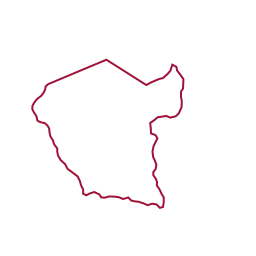 Poloni, São Paulo, Brazil (Mercator projection), rotated 142°
{"feature_id": "56859067B23679759476015", "entity_name": "Poloni", "entity_type": "district", "adm_level": 2, "iso_a3": "BRA", "parent_name": "Brazil", "parent_adm1": "São Paulo", "projection": "mercator", "projection_center": [-49.819, -20.742], "detail": "fine", "context": "isolated", "style": "outline", "palette": "rose", "viewbox_px": 256, "rotation_deg": 142, "n_neighbors": 0, "source": "geoboundaries", "source_scale": "gbopen_adm2", "svg_char_len": 1309}
<svg xmlns="http://www.w3.org/2000/svg" viewBox="0 0 256 256"><g transform="rotate(142 128 128)"><path d="M54.1,150.6L59.2,147.1L63.5,146.2L69.6,145.8L73.7,147.6L81.7,149.7L87.1,150.6L103.0,195.1L127.4,201.8L163.9,211.7L167.2,211.5L169.7,209.3L172.8,207.8L176.3,206.8L182.0,206.8L186.0,205.8L189.5,204.4L191.8,201.8L192.5,198.4L192.8,194.0L194.8,189.7L193.6,186.7L190.7,183.2L189.9,179.5L190.5,176.0L192.4,173.1L194.4,169.0L194.7,164.8L196.3,160.4L196.3,155.5L198.2,153.1L200.1,149.4L200.8,144.0L199.8,138.3L200.8,133.1L199.3,127.7L197.5,120.8L198.5,116.1L200.3,111.6L201.2,107.2L203.8,103.8L202.3,100.7L198.7,100.0L194.1,98.4L191.5,93.3L191.8,89.8L189.2,87.4L184.9,85.6L181.0,82.3L177.7,78.9L175.6,75.1L170.6,73.1L170.1,68.8L168.0,66.2L165.1,63.4L162.2,59.1L160.1,55.1L155.6,53.5L152.5,50.1L152.0,45.4L149.0,44.3L145.7,47.4L142.5,51.4L142.2,54.9L141.0,60.0L140.6,65.1L138.4,67.5L137.3,70.9L137.1,75.2L135.2,77.7L131.6,78.6L128.3,81.5L126.9,85.8L126.0,89.8L123.1,94.5L119.4,97.7L114.9,100.0L111.2,101.7L110.7,105.4L113.2,109.6L110.4,113.5L107.4,118.3L102.7,118.0L97.9,118.2L94.4,116.1L90.5,114.0L88.2,110.1L83.3,107.9L79.2,108.2L73.0,111.4L68.9,116.3L67.0,120.1L63.7,124.1L60.4,125.2L57.1,129.0L54.2,132.5L54.0,137.6L53.9,143.2L52.2,146.4L54.1,150.6Z" fill="none" stroke="#9f1239" stroke-width="2"/></g></svg>